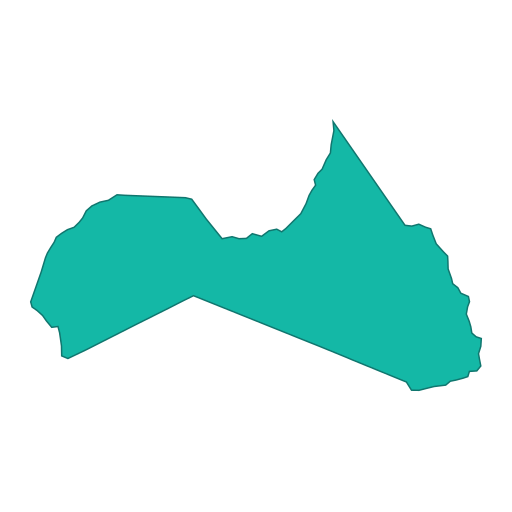 Rio Formoso, Pernambuco, Brazil (Mercator projection)
{"feature_id": "56859067B3129544617161", "entity_name": "Rio Formoso", "entity_type": "district", "adm_level": 2, "iso_a3": "BRA", "parent_name": "Brazil", "parent_adm1": "Pernambuco", "projection": "mercator", "projection_center": [-35.214, -8.663], "detail": "fine", "context": "isolated", "style": "filled", "palette": "teal", "viewbox_px": 512, "rotation_deg": 0, "n_neighbors": 0, "source": "geoboundaries", "source_scale": "gbopen_adm2", "svg_char_len": 1437}
<svg xmlns="http://www.w3.org/2000/svg" viewBox="0 0 512 512"><path d="M67.9,358.5L86.5,349.6L107.8,338.8L136.4,324.3L169.0,308.0L176.8,304.0L184.1,300.3L193.5,295.7L309.4,342.3L314.7,344.4L320.2,346.6L346.8,357.5L352.4,359.9L406.4,382.0L411.5,390.2L419.0,390.3L426.4,388.4L434.1,386.5L445.7,385.1L450.3,381.2L455.8,380.1L463.0,378.2L467.8,376.6L469.4,371.4L476.8,370.9L480.8,366.0L479.5,359.4L478.5,353.7L480.8,346.3L481.3,338.5L476.1,336.8L471.8,333.0L470.8,326.8L469.2,321.3L466.3,314.1L467.6,306.8L469.5,301.7L468.4,296.5L460.8,293.2L457.9,287.8L452.7,283.7L451.5,278.5L448.1,268.9L447.9,261.2L447.6,256.1L443.1,251.5L436.2,243.8L432.8,235.1L430.7,228.8L425.5,227.2L418.8,224.2L411.8,226.1L405.0,225.3L396.1,212.5L333.1,121.7L333.9,130.7L331.2,144.6L330.4,153.0L326.3,159.6L322.1,169.2L318.0,173.3L314.2,179.6L315.6,185.2L312.0,190.2L309.1,195.4L306.1,203.6L300.8,213.7L293.4,221.0L285.9,228.5L281.7,231.8L276.7,229.2L269.0,230.8L261.6,236.3L252.3,233.7L246.4,238.4L239.0,238.7L232.1,236.7L222.1,238.7L206.2,219.0L200.3,210.9L191.7,199.2L185.4,197.7L124.8,195.3L117.0,194.8L108.4,200.3L100.0,202.1L91.9,205.9L86.3,210.8L82.7,217.9L79.2,222.3L74.1,227.3L67.4,229.7L61.5,233.4L56.3,237.3L54.2,242.2L50.7,247.6L47.4,253.1L45.5,257.7L41.2,272.0L30.7,301.9L32.1,307.0L37.2,310.6L42.6,315.5L46.4,320.9L51.7,327.3L58.0,326.5L59.6,332.7L60.4,338.1L61.5,346.0L61.7,355.9L67.9,358.5Z" fill="#14b8a6" stroke="#0f766e" stroke-width="1.5"/></svg>